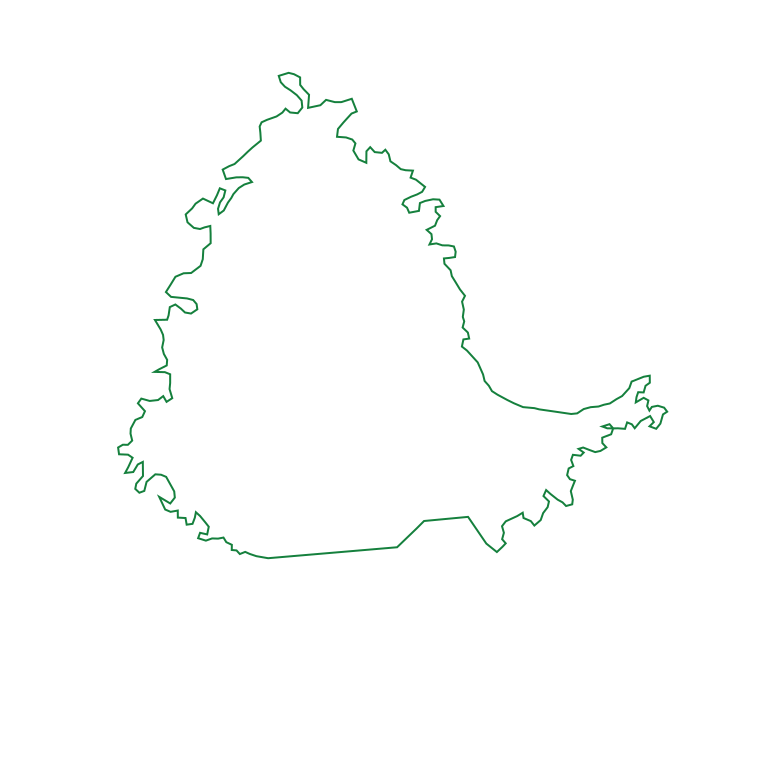 Nova Cantu, Paraná, Brazil, rotated 121°
{"feature_id": "56859067B67973694135820", "entity_name": "Nova Cantu", "entity_type": "district", "adm_level": 2, "iso_a3": "BRA", "parent_name": "Brazil", "parent_adm1": "Paraná", "projection": "mercator", "projection_center": [-52.583, -24.632], "detail": "fine", "context": "isolated", "style": "outline", "palette": "green", "viewbox_px": 768, "rotation_deg": 121, "n_neighbors": 0, "source": "geoboundaries", "source_scale": "gbopen_adm2", "svg_char_len": 4283}
<svg xmlns="http://www.w3.org/2000/svg" viewBox="0 0 768 768"><g transform="rotate(121 384 384)"><path d="M417.5,618.3L419.0,611.4L412.1,596.9L410.3,590.8L412.0,585.8L416.1,582.5L423.0,585.7L425.2,591.4L424.0,596.9L423.3,603.8L428.4,607.2L436.1,604.0L440.6,603.0L447.1,613.3L452.3,603.5L455.7,598.7L459.8,595.5L466.9,593.0L471.6,588.2L475.0,582.3L480.0,579.8L487.0,584.2L491.8,586.9L486.7,577.9L485.8,572.3L493.3,567.8L498.8,565.2L505.2,558.2L511.3,561.2L508.1,567.0L514.1,569.4L519.2,576.1L521.5,584.5L527.3,585.0L530.4,574.9L536.8,574.2L542.8,578.6L552.6,578.1L557.1,575.7L562.2,570.7L568.0,572.2L570.6,576.6L575.4,579.2L580.7,574.9L576.4,567.0L576.7,561.5L587.0,560.4L593.6,560.1L588.6,553.6L579.8,553.6L575.0,550.6L587.0,543.2L597.0,545.0L602.0,543.2L603.2,537.7L599.1,534.4L590.2,537.1L579.2,533.5L576.6,528.4L575.8,522.9L584.1,508.5L589.1,504.8L596.5,505.7L596.5,518.6L604.3,506.9L603.5,501.1L598.7,495.6L604.7,491.9L601.1,485.1L606.2,480.7L602.5,476.1L596.0,477.3L590.8,479.2L591.9,473.6L594.6,466.0L596.6,460.7L604.0,458.1L606.3,465.0L611.9,463.9L610.0,456.0L604.9,451.8L602.0,446.6L598.3,442.5L600.8,437.7L600.2,431.6L604.7,429.0L602.6,424.7L604.0,420.0L599.4,416.5L598.8,411.5L597.3,404.7L593.0,393.6L517.2,288.7L490.5,281.5L480.8,279.1L454.6,243.5L468.1,214.1L469.9,200.7L462.5,198.6L457.9,197.6L456.2,202.8L449.8,204.6L445.1,209.6L439.0,208.9L428.6,201.8L422.9,198.8L427.0,195.4L425.9,187.5L427.9,182.2L419.9,179.6L412.7,181.1L405.3,180.3L399.7,182.1L397.9,189.6L391.4,190.4L392.5,184.8L393.7,175.6L393.5,170.0L394.8,165.1L390.2,160.7L385.9,162.6L379.6,168.7L373.1,169.8L368.6,170.5L369.8,175.6L367.8,180.1L361.3,182.2L356.8,179.4L352.7,184.5L347.4,185.6L344.2,178.5L339.9,177.5L339.4,183.8L335.9,180.6L334.7,173.7L333.6,167.9L329.9,164.0L323.8,160.8L322.2,166.4L317.6,169.3L310.1,163.4L304.0,164.7L301.5,160.7L298.3,154.3L291.7,155.8L290.9,150.8L292.8,146.3L283.5,144.9L274.4,139.4L277.7,133.1L283.5,134.6L282.2,127.6L275.6,126.7L266.4,129.2L261.9,127.0L260.0,131.7L261.6,138.1L265.7,142.6L270.1,142.8L267.4,147.1L261.9,148.9L262.1,154.3L270.1,158.7L265.2,160.8L260.1,161.9L257.5,157.1L250.8,158.9L246.0,156.8L240.0,160.5L244.0,165.1L254.4,173.0L261.2,171.6L271.7,173.7L277.2,176.9L284.4,180.4L288.5,184.8L292.8,188.5L297.4,194.9L302.6,199.9L309.7,203.3L313.3,208.1L320.7,225.8L325.8,237.9L327.2,242.6L332.2,252.9L333.6,262.7L334.2,270.1L334.7,281.2L334.5,287.8L331.5,293.2L329.6,299.3L324.8,304.0L317.2,314.8L312.6,330.1L311.8,336.5L304.9,338.9L301.2,334.4L296.7,338.6L295.1,345.7L289.0,347.5L285.9,351.0L279.1,353.9L273.2,359.5L266.7,360.0L263.8,367.6L260.0,374.8L256.6,381.4L252.2,385.5L249.8,394.1L245.5,397.3L242.4,393.1L238.6,388.5L233.7,390.7L230.1,394.9L231.9,399.9L235.1,405.4L236.5,411.5L241.0,416.9L235.2,417.4L231.1,420.5L229.9,426.8L222.0,421.8L216.2,422.8L211.2,422.4L209.8,428.4L205.8,430.8L200.8,424.7L197.4,431.4L200.4,437.1L205.9,443.0L210.4,446.4L217.6,443.2L224.2,450.6L221.0,455.1L220.5,460.7L215.8,461.3L209.5,457.2L204.4,453.2L199.6,450.3L193.9,450.3L192.4,461.8L193.4,467.5L186.2,469.1L189.6,475.5L191.2,480.3L190.2,486.3L189.8,493.2L184.7,498.2L182.5,503.5L186.9,504.8L190.0,511.4L188.1,517.8L193.6,518.9L203.5,513.1L204.6,521.5L199.7,530.5L192.5,532.4L190.8,537.1L192.2,543.5L196.3,551.6L189.1,554.8L180.9,553.5L175.3,552.4L168.9,551.1L164.4,547.7L156.1,558.5L164.3,565.7L167.7,571.3L170.3,580.0L177.8,582.1L186.4,591.3L174.7,597.2L172.7,604.8L170.8,609.9L164.4,613.8L164.8,620.7L166.4,626.0L174.1,632.9L178.5,627.9L180.2,622.0L180.4,615.4L181.3,607.5L183.5,600.6L189.1,596.4L196.3,597.4L199.6,604.3L198.7,610.2L203.7,610.9L210.0,613.9L217.9,620.4L222.7,623.7L227.3,623.2L232.3,619.4L238.8,614.9L249.1,618.6L255.1,620.4L261.1,622.0L272.4,625.4L277.0,628.9L283.3,632.7L289.7,625.0L283.0,617.1L279.6,611.7L277.2,606.5L278.9,601.2L285.0,606.5L290.8,609.4L298.8,610.9L303.2,610.7L308.9,611.2L317.8,610.7L323.6,613.1L319.3,616.5L312.8,618.1L306.6,617.6L299.8,619.7L300.8,625.5L308.2,624.4L317.2,623.7L318.3,634.7L326.5,638.4L332.3,638.9L340.8,641.3L346.6,635.7L348.1,627.4L345.9,621.5L342.3,618.6L338.0,614.3L344.2,610.2L352.6,605.1L361.6,608.2L370.4,603.6L377.2,602.1L388.2,606.5L392.3,612.8L399.5,618.0L409.2,618.1L417.5,618.3ZM304.0,164.7L307.0,169.8L308.0,175.0L302.3,170.0L304.0,164.7Z" fill="none" stroke="#15803d" stroke-width="2"/></g></svg>